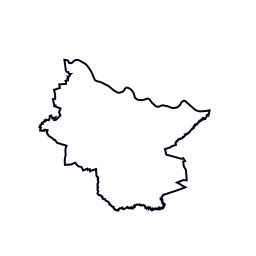 Paraná, Entre Ríos, Argentina (Natural Earth projection), rotated 67°
{"feature_id": "61730980B11552095323688", "entity_name": "Paraná", "entity_type": "district", "adm_level": 2, "iso_a3": "ARG", "parent_name": "Argentina", "parent_adm1": "Entre Ríos", "projection": "natural_earth1", "projection_center": [-59.902, -31.635], "detail": "fine", "context": "isolated", "style": "outline", "palette": "ink", "viewbox_px": 256, "rotation_deg": 67, "n_neighbors": 0, "source": "geoboundaries", "source_scale": "gbopen_adm2", "svg_char_len": 5901}
<svg xmlns="http://www.w3.org/2000/svg" viewBox="0 0 256 256"><g transform="rotate(67 128 128)"><path d="M102.7,204.2L104.0,204.2L108.2,201.4L109.9,200.8L110.5,199.9L110.8,200.1L111.3,199.7L114.0,199.0L120.3,191.5L121.9,193.0L124.4,194.5L128.2,195.8L131.9,198.3L134.3,199.4L137.3,200.4L139.3,195.0L139.3,190.2L143.6,188.9L145.9,186.0L149.6,185.9L149.5,181.4L150.9,181.4L150.9,179.3L153.0,179.8L152.9,176.7L153.1,176.7L153.3,173.4L153.9,173.4L155.2,174.4L156.9,174.6L159.0,175.6L159.9,175.5L160.4,175.7L161.0,175.1L161.6,175.0L162.3,175.3L162.6,175.1L163.1,175.8L163.9,176.0L164.1,175.9L164.5,176.3L165.8,176.3L166.6,176.5L166.8,177.1L167.5,177.5L167.7,178.1L168.2,178.1L168.9,178.4L169.3,178.3L170.7,179.3L171.4,178.9L171.8,179.5L173.2,180.4L174.2,180.0L174.6,180.1L176.0,181.5L176.6,181.7L177.4,181.5L178.0,181.0L178.8,180.8L179.1,179.5L180.1,179.2L181.0,178.4L181.3,178.4L181.5,178.9L181.8,179.0L182.5,178.7L183.2,178.9L183.7,178.0L184.3,177.8L184.4,177.0L186.4,176.8L187.1,175.9L188.6,174.8L189.7,175.1L190.1,174.6L191.1,174.9L191.1,174.5L191.7,174.4L192.6,174.0L192.7,173.7L193.3,173.8L193.9,173.5L194.2,172.8L194.7,172.7L195.1,172.1L195.6,172.1L195.9,172.5L196.7,172.6L197.2,172.2L197.4,171.8L198.8,171.7L199.2,170.9L199.1,170.5L199.7,169.7L199.5,169.0L200.0,168.9L199.7,168.4L198.9,168.2L199.1,167.6L198.7,166.9L199.0,166.6L199.2,165.7L199.0,165.1L199.2,164.8L199.1,164.3L200.5,164.4L201.1,163.6L200.8,160.3L200.4,159.8L200.4,159.4L201.2,159.3L201.3,159.0L201.6,158.9L201.5,158.7L202.4,157.9L201.9,157.3L202.0,156.9L202.4,156.4L202.8,156.2L202.6,155.8L203.1,155.9L203.4,156.2L203.9,155.4L203.9,155.1L203.4,154.5L203.6,154.3L203.3,154.0L203.3,153.5L202.7,152.9L201.9,152.7L202.1,152.3L202.8,152.2L201.7,151.1L202.0,150.2L201.9,149.6L202.7,148.6L202.7,148.1L203.1,147.7L203.0,147.3L203.5,147.3L203.9,146.6L204.3,146.4L204.1,146.0L204.4,145.9L204.5,145.4L204.9,145.0L204.8,144.5L205.2,143.6L205.8,143.4L206.1,142.9L207.0,142.8L208.3,143.2L208.5,142.4L209.1,142.4L208.8,141.9L209.4,140.9L209.4,140.5L209.8,140.6L209.3,140.1L209.6,139.8L209.6,139.6L209.3,139.6L209.7,139.2L209.9,139.4L210.3,139.3L210.0,139.1L210.0,138.7L210.7,138.6L210.9,138.9L211.5,138.4L211.7,138.6L211.8,138.3L212.3,138.6L212.9,138.4L212.6,137.4L213.0,137.3L212.8,137.0L213.0,136.6L212.9,136.4L213.1,135.6L212.6,135.7L213.2,135.0L212.7,134.5L212.8,134.3L213.2,134.3L213.4,133.9L213.2,133.7L213.5,133.5L213.2,133.4L213.4,132.9L214.4,132.4L214.3,132.1L214.4,131.6L214.1,131.4L214.9,131.3L215.2,130.8L214.5,130.5L213.9,131.0L213.8,130.7L213.9,130.3L213.7,130.0L214.3,129.8L214.1,129.6L214.3,129.3L214.7,129.4L214.8,128.8L215.1,128.8L215.0,128.4L215.4,128.2L215.3,127.5L215.6,127.3L215.4,127.0L215.2,127.3L214.5,127.3L214.4,127.1L214.8,126.5L214.5,126.2L214.4,125.5L214.2,125.3L213.8,125.9L213.6,125.8L213.6,125.4L213.2,125.3L212.9,124.0L212.7,124.0L212.5,124.5L212.0,124.9L211.7,124.9L211.6,124.5L211.4,124.4L211.2,124.6L211.4,125.1L211.4,125.4L210.5,125.3L210.2,125.7L209.4,125.1L208.6,125.3L208.0,124.4L207.8,124.4L207.9,125.0L207.4,124.8L207.5,125.1L207.1,125.4L206.7,125.2L206.9,125.6L206.7,125.9L206.2,125.7L206.2,125.3L205.9,125.3L206.2,124.9L205.8,124.1L205.2,124.1L204.4,123.7L203.9,122.3L203.6,122.2L203.8,121.8L203.4,121.5L204.7,105.4L205.0,98.4L197.3,104.2L197.5,97.6L199.1,94.4L189.4,91.1L185.1,91.6L180.6,90.4L180.7,88.4L177.3,89.0L177.2,90.9L167.4,103.2L161.8,102.2L162.4,96.6L161.9,95.0L162.3,90.4L160.1,90.1L159.6,89.1L159.7,88.9L159.3,88.7L159.4,88.1L159.1,87.9L159.2,87.6L158.6,86.4L158.3,86.4L158.2,85.7L158.0,85.3L158.2,84.7L158.5,84.4L158.3,84.2L158.5,83.8L158.3,83.4L158.7,82.6L158.5,82.3L158.6,82.1L157.9,81.3L158.2,80.8L157.6,80.5L157.8,79.7L157.4,78.6L157.1,78.5L156.8,77.9L156.9,77.0L156.8,76.8L156.5,77.0L156.6,76.7L156.2,76.4L156.5,75.7L156.3,75.6L156.4,74.8L156.1,74.5L156.3,74.2L155.9,73.9L155.5,72.5L154.3,70.6L154.2,70.3L154.4,70.1L154.2,69.8L154.1,69.3L153.7,69.3L153.5,68.8L153.7,68.0L152.9,67.5L153.2,67.0L152.2,66.7L152.3,65.3L151.6,65.0L151.2,65.3L150.9,65.1L151.0,64.3L151.6,64.3L151.8,63.4L151.3,63.1L151.3,62.3L150.5,61.7L150.5,60.8L150.0,60.7L149.5,59.9L149.8,59.8L150.0,58.8L149.6,58.5L149.9,58.1L149.5,57.6L149.1,57.6L148.9,56.9L149.1,56.2L149.5,55.8L149.1,55.4L148.7,55.5L148.7,55.2L148.1,55.1L148.3,54.7L148.7,54.9L148.9,54.2L149.4,54.5L149.3,53.9L149.7,53.9L149.9,53.5L149.1,53.0L149.0,52.3L148.1,51.2L148.2,49.3L147.5,49.2L147.4,50.0L147.0,50.2L146.9,49.5L147.3,48.9L147.1,48.7L146.5,48.5L146.5,47.8L143.6,46.1L142.8,49.6L140.9,55.2L139.1,57.7L137.3,59.2L125.4,64.9L124.7,66.1L124.8,67.5L125.3,68.7L126.9,70.9L128.2,74.0L128.2,75.3L127.8,77.0L126.8,79.6L123.6,82.9L120.5,87.4L120.3,91.8L119.7,93.0L118.9,93.8L114.0,96.1L110.2,96.9L109.4,97.4L108.4,98.8L108.3,102.1L107.6,104.8L106.2,107.4L104.7,108.8L102.6,109.8L98.9,109.2L96.4,109.4L93.7,110.3L92.5,111.0L91.4,111.9L90.3,113.4L90.3,114.2L90.7,115.6L92.3,117.7L92.5,119.1L92.4,120.6L92.2,122.0L91.7,123.1L91.1,123.9L87.8,126.4L81.9,129.4L74.8,135.4L73.2,137.9L71.3,139.6L67.8,139.9L63.8,139.7L60.8,139.9L56.3,140.8L52.8,141.9L47.4,145.9L45.7,147.6L45.1,149.2L45.0,151.4L46.1,153.5L46.0,155.0L45.4,156.7L44.9,156.9L43.6,156.7L42.4,157.1L41.7,157.7L40.4,159.9L51.1,162.8L52.6,162.2L53.4,161.1L53.6,161.3L55.5,160.9L55.9,159.8L56.1,160.4L57.1,161.2L57.5,161.9L57.5,163.3L57.3,163.5L59.1,163.7L59.0,164.5L60.6,164.7L60.2,167.1L61.3,167.1L63.2,167.8L61.0,174.3L64.5,175.0L64.0,181.2L68.7,182.0L72.6,183.6L72.3,183.9L72.4,184.7L72.2,185.3L72.1,185.8L78.1,187.0L78.6,186.3L79.0,187.3L83.7,182.4L86.4,185.3L90.0,185.3L92.3,191.1L92.1,191.6L92.1,192.5L91.9,192.8L89.8,190.7L89.8,193.8L86.5,193.8L86.5,195.4L88.8,196.6L89.9,198.0L88.3,200.2L89.1,200.8L88.5,201.9L89.5,202.0L89.6,204.9L90.7,204.9L90.1,205.9L91.5,207.1L91.2,207.7L92.8,209.2L93.8,208.1L94.9,209.2L96.0,209.9L97.7,206.8L97.2,206.6L97.4,206.0L97.0,205.6L98.5,203.0L99.1,203.6L99.4,203.5L99.7,204.3L101.6,204.6L102.7,204.2Z" fill="none" stroke="#020617" stroke-width="2"/></g></svg>